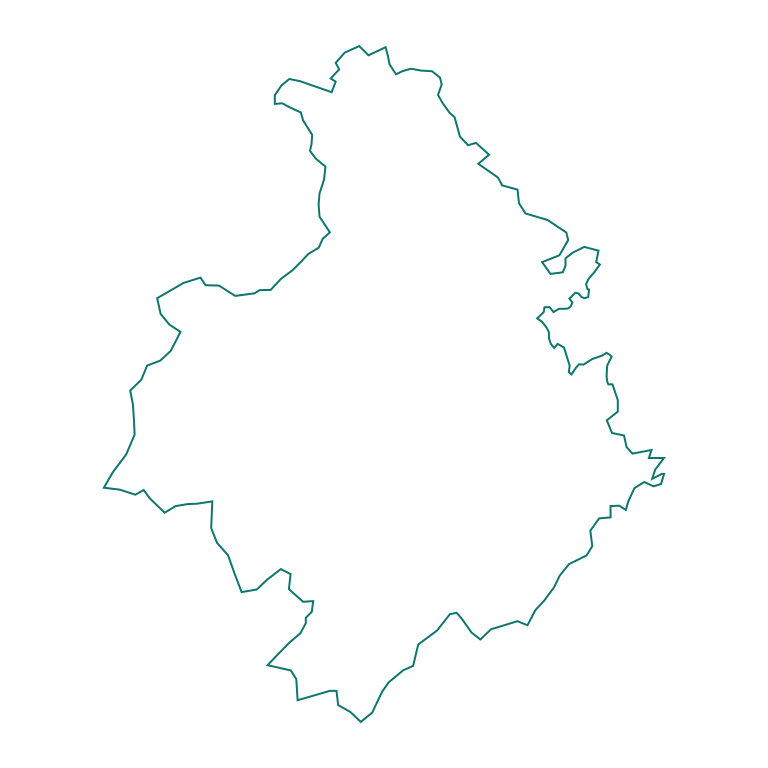 outline of Tera, Paphos, Cyprus
{"feature_id": "46923920B5326645016931", "entity_name": "Tera", "entity_type": "district", "adm_level": 2, "iso_a3": "CYP", "parent_name": "Cyprus", "parent_adm1": "Paphos", "projection": "robinson", "projection_center": [32.428, 34.979], "detail": "fine", "context": "isolated", "style": "outline", "palette": "teal", "viewbox_px": 768, "rotation_deg": 0, "n_neighbors": 0, "source": "geoboundaries", "source_scale": "gbopen_adm2", "svg_char_len": 2876}
<svg xmlns="http://www.w3.org/2000/svg" viewBox="0 0 768 768"><path d="M612.4,384.3L608.3,384.3L607.3,381.8L606.6,376.9L606.9,369.2L607.3,365.4L609.3,361.2L611.7,356.6L609.6,354.7L606.4,352.8L602.2,355.6L592.3,359.0L583.5,364.6L579.1,364.3L576.0,367.7L571.5,374.4L568.8,372.2L569.7,365.7L566.8,356.5L564.0,347.5L557.6,343.9L554.2,348.0L550.9,343.9L549.1,338.9L548.8,331.9L546.4,327.4L542.0,321.7L537.2,318.4L543.7,312.1L544.5,307.3L549.6,307.1L553.5,312.1L559.0,308.8L563.6,308.8L567.7,308.6L570.6,306.6L572.4,302.5L569.4,298.5L571.9,296.3L575.3,292.7L578.4,293.4L581.6,297.1L584.4,298.2L588.2,297.1L589.1,289.6L587.5,289.2L586.1,284.3L588.4,279.1L594.5,272.0L599.9,264.5L596.2,262.1L598.5,250.7L584.3,246.9L572.8,252.6L565.5,258.3L565.5,265.9L562.8,272.3L550.5,273.9L542.1,262.1L559.4,255.3L568.2,240.1L566.3,232.5L547.5,220.0L525.6,213.5L519.0,203.3L517.5,189.6L502.1,185.4L499.2,179.8L497.9,177.5L478.3,163.8L489.1,154.7L476.0,142.9L468.0,145.2L459.9,136.5L454.6,117.2L449.9,113.2L442.7,103.2L438.0,95.0L441.7,84.4L440.0,77.6L432.0,71.2L421.1,70.6L410.9,68.7L402.4,71.2L396.0,74.3L389.5,64.2L387.9,55.8L385.6,47.2L368.5,55.3L359.2,46.1L344.6,52.7L335.7,62.9L339.2,69.3L330.7,78.5L335.7,81.7L331.6,92.2L299.8,81.1L289.3,79.0L281.5,85.4L274.8,95.2L274.8,103.9L282.3,103.3L288.8,106.9L300.9,112.5L303.1,120.4L312.2,134.9L311.5,144.1L310.0,150.9L316.0,158.8L325.5,166.7L324.0,179.7L319.5,193.6L318.6,204.3L319.5,216.6L329.9,232.4L322.7,238.8L318.8,247.6L308.3,254.0L300.9,261.9L292.3,270.4L281.0,278.8L270.7,289.9L259.7,290.1L254.7,293.3L235.2,295.9L219.0,285.6L205.5,285.2L200.5,277.6L183.6,282.9L157.2,298.2L160.6,313.9L169.4,324.6L180.5,331.9L170.7,350.9L160.3,360.6L147.1,365.6L141.4,379.6L130.2,390.6L132.9,404.3L134.0,420.7L134.6,434.7L126.2,454.4L112.7,472.4L103.9,487.7L106.3,488.0L120.1,489.7L135.3,494.7L143.7,490.0L149.8,498.4L164.7,512.7L175.5,506.1L187.6,504.1L197.1,503.7L212.3,501.4L211.2,528.1L217.0,542.8L228.1,555.4L234.9,574.5L241.6,592.1L256.8,589.5L266.6,580.1L280.8,569.1L290.6,574.1L288.9,589.1L303.1,601.8L313.2,601.1L311.8,611.8L305.8,617.8L305.8,623.2L300.4,633.2L289.2,642.8L276.4,655.9L267.6,665.2L290.9,670.5L296.3,679.2L297.6,700.2L329.7,690.9L336.5,690.9L338.2,705.2L350.3,711.9L360.8,721.9L372.2,712.6L382.0,691.9L388.8,682.2L403.3,670.2L413.1,665.9L418.2,644.5L437.1,630.5L449.9,614.2L456.6,612.8L461.4,618.2L471.5,632.5L480.3,639.5L491.1,629.2L501.2,626.2L517.4,621.2L527.5,625.2L535.6,609.8L544.1,600.8L554.2,587.1L559.6,575.8L569.0,564.1L586.6,555.4L592.3,546.1L590.3,530.7L599.1,518.4L610.6,517.4L610.5,506.1L619.3,505.7L625.8,510.0L628.4,501.2L634.4,488.2L644.2,482.0L653.5,486.3L661.0,484.1L664.1,473.9L661.9,473.9L652.2,478.8L655.2,469.6L664.0,458.0L648.9,458.0L651.5,450.0L632.5,453.6L626.6,447.1L624.0,435.5L612.0,433.0L606.8,420.3L617.8,411.6L617.8,400.1L612.7,385.2L612.4,384.3Z" fill="none" stroke="#0f766e" stroke-width="2"/></svg>